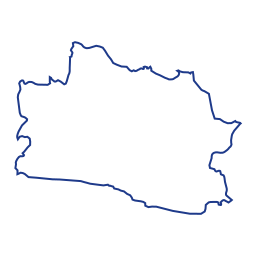 outline of Jawa Barat
{"feature_id": "IDN-1223", "entity_name": "Jawa Barat", "entity_type": "Province", "adm_level": 1, "iso_a3": "IDN", "parent_name": "Indonesia", "parent_adm1": "", "projection": "orthographic", "projection_center": [107.637, -6.866], "detail": "fine", "context": "isolated", "style": "outline", "palette": "blue", "viewbox_px": 256, "rotation_deg": 0, "n_neighbors": 0, "source": "natural_earth", "source_scale": "10m", "svg_char_len": 3370}
<svg xmlns="http://www.w3.org/2000/svg" viewBox="0 0 256 256"><path d="M70.0,57.1L70.4,57.0L71.5,56.5L71.8,54.7L72.3,53.6L72.4,52.5L71.5,51.2L70.9,50.2L71.4,48.9L73.3,46.2L72.9,43.1L75.0,42.2L78.2,42.9L81.3,44.3L82.3,45.3L83.2,46.5L84.5,47.5L86.2,48.1L87.8,48.1L89.4,47.9L96.2,45.8L99.7,46.5L102.8,47.7L105.0,50.7L108.0,55.6L111.0,59.3L113.2,63.0L116.8,64.7L121.5,66.5L126.7,66.8L129.7,70.2L131.8,71.3L133.7,70.3L135.1,71.1L136.6,70.8L137.8,70.0L139.8,69.1L140.3,68.6L141.2,68.4L142.1,68.6L143.0,69.0L143.6,68.9L143.9,68.1L143.7,67.0L145.0,66.6L147.0,67.2L147.1,68.4L148.4,68.5L149.7,67.1L150.3,66.7L151.3,68.8L151.3,70.7L155.9,73.6L159.8,75.2L165.0,77.8L167.2,78.6L169.0,79.4L170.7,79.4L172.2,79.3L173.3,79.0L174.8,78.0L177.0,76.7L177.4,76.5L178.1,75.8L178.8,74.8L179.1,73.6L179.0,72.4L178.4,71.6L177.3,70.8L178.4,70.4L180.0,71.4L182.9,72.2L188.4,72.4L190.4,73.5L191.0,72.5L192.9,72.1L193.3,74.5L193.9,80.6L201.4,89.8L203.1,90.7L204.3,91.1L208.9,93.8L212.0,110.3L214.7,118.6L219.9,119.1L223.7,121.7L227.6,123.2L231.4,123.1L235.3,121.0L236.0,121.9L237.4,122.3L238.9,122.6L240.2,122.9L240.6,123.4L240.4,123.5L234.2,130.7L232.2,134.2L231.8,135.7L231.1,140.1L231.2,142.8L231.5,144.4L231.1,145.6L230.4,146.7L229.3,147.6L228.2,149.0L227.0,150.1L224.7,151.8L223.8,152.3L222.7,152.7L220.4,152.8L217.0,152.3L215.4,152.4L213.8,152.9L212.7,153.7L212.0,154.8L211.7,156.2L211.6,158.2L209.4,165.2L210.0,168.0L212.3,168.6L214.4,169.2L215.1,170.6L215.6,171.2L216.5,171.5L218.6,170.8L219.7,170.8L220.2,171.1L220.5,172.3L220.9,174.3L221.5,174.6L222.4,174.9L223.5,175.3L223.9,176.0L224.2,176.7L224.5,178.1L225.0,181.9L226.7,188.4L226.8,189.8L226.7,190.9L226.2,192.4L226.0,193.3L226.0,194.6L226.3,195.3L226.7,195.7L231.8,200.0L230.9,200.8L228.5,202.5L226.2,201.2L225.6,201.0L225.0,200.5L224.2,200.1L223.4,200.1L222.3,200.7L221.4,201.6L220.6,202.3L221.2,204.1L221.0,204.9L220.6,205.0L218.7,204.6L218.2,202.5L217.6,202.1L216.4,201.9L210.5,202.0L208.7,202.4L205.8,204.9L205.5,208.9L204.7,211.5L201.0,213.8L189.7,213.7L172.8,210.9L156.4,206.7L152.0,206.6L148.4,207.1L145.3,205.7L145.2,203.1L143.3,201.9L140.8,201.3L135.0,200.5L132.5,199.6L131.8,197.6L130.2,195.3L127.1,193.9L124.0,191.4L120.8,190.6L118.4,189.4L114.2,188.5L113.2,186.6L111.6,186.2L109.8,185.6L109.3,185.8L108.7,185.5L107.9,184.7L103.5,185.4L97.8,184.7L93.2,184.1L90.1,183.7L87.3,182.9L84.2,182.1L80.8,181.1L59.7,179.5L52.5,179.3L36.2,177.7L28.5,177.1L24.8,174.0L22.9,173.1L20.6,172.7L18.2,173.9L17.4,174.2L17.5,172.6L17.5,170.3L15.4,168.1L16.0,164.3L15.8,162.4L16.3,160.9L17.4,158.9L18.9,157.0L20.4,156.2L22.0,156.3L23.5,156.0L24.0,155.1L22.6,153.2L24.2,151.7L27.7,147.3L30.1,145.0L30.2,141.6L29.7,138.6L27.4,136.8L24.8,137.1L22.1,136.1L19.6,136.8L17.9,139.3L17.5,138.2L17.2,137.2L17.2,135.9L17.7,133.9L18.6,131.5L22.0,125.4L26.9,120.6L27.1,119.2L25.4,117.7L24.2,117.1L21.4,116.2L20.6,114.9L19.8,112.8L17.8,97.3L18.2,94.4L19.5,91.8L20.4,89.6L20.2,87.2L19.7,85.0L19.2,83.4L20.1,81.6L21.3,80.8L22.0,80.4L22.9,80.5L23.5,81.2L23.9,82.4L24.5,83.6L25.4,83.9L26.5,83.4L27.7,82.5L29.1,81.9L31.7,82.0L33.5,82.8L35.3,83.9L38.0,84.6L47.7,84.8L50.1,83.3L49.8,81.9L49.8,77.1L51.1,77.9L51.3,78.5L51.8,79.3L52.4,79.9L53.4,80.6L54.4,81.5L55.3,81.6L56.2,81.3L58.0,80.2L60.7,81.6L64.2,84.3L65.8,83.6L66.8,81.1L68.5,75.0L69.2,73.6L69.5,72.4L69.7,71.1L69.7,68.0L69.9,63.1L70.1,57.3L70.0,57.1Z" fill="none" stroke="#1e3a8a" stroke-width="2"/></svg>